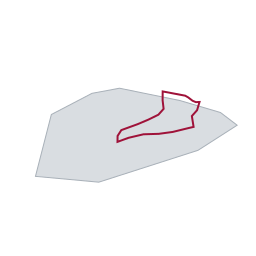 location of Castries within Saint Lucia, rotated 70°
{"feature_id": "LCA-5077", "entity_name": "Castries", "entity_type": "Quarter", "adm_level": 1, "iso_a3": "LCA", "parent_name": "Saint Lucia", "parent_adm1": "", "projection": "robinson", "projection_center": [-60.977, 13.961], "detail": "fine", "context": "in_parent", "style": "outline", "palette": "rose", "viewbox_px": 256, "rotation_deg": 70, "n_neighbors": 0, "source": "natural_earth", "source_scale": "10m", "svg_char_len": 613}
<svg xmlns="http://www.w3.org/2000/svg" viewBox="0 0 256 256"><g transform="rotate(70 128 128)"><path d="M168.9,174.0L141.8,231.5L89.1,195.4L83.1,150.0L87.7,122.4L119.9,69.9L145.1,35.8L162.7,24.5L172.9,69.8L168.9,174.0Z" fill="#d9dde1" stroke="#a8b0b8" stroke-width="1"/><path d="M105.5,82.9L117.2,63.2L119.8,61.0L124.5,58.0L126.9,55.4L128.0,51.9L134.9,57.0L138.6,63.9L149.4,66.0L148.8,70.8L147.0,87.3L144.0,101.1L139.2,115.6L137.4,130.8L137.4,142.6L131.9,140.5L127.7,135.0L127.7,124.6L127.7,117.7L127.1,106.0L125.9,94.9L122.2,88.0L113.8,86.0L105.5,82.9Z" fill="none" stroke="#9f1239" stroke-width="2"/></g></svg>